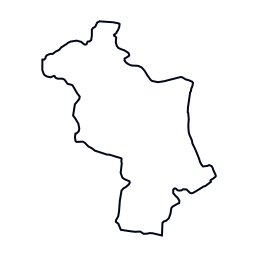 Santa María Ixhuatán, Santa Rosa, Guatemala (Robinson projection), rotated 186°
{"feature_id": "79465075B67666952430364", "entity_name": "Santa María Ixhuatán", "entity_type": "district", "adm_level": 2, "iso_a3": "GTM", "parent_name": "Guatemala", "parent_adm1": "Santa Rosa", "projection": "robinson", "projection_center": [-90.258, 14.147], "detail": "fine", "context": "isolated", "style": "outline", "palette": "ink", "viewbox_px": 256, "rotation_deg": 186, "n_neighbors": 0, "source": "geoboundaries", "source_scale": "gbopen_adm2", "svg_char_len": 2659}
<svg xmlns="http://www.w3.org/2000/svg" viewBox="0 0 256 256"><g transform="rotate(186 128 128)"><path d="M81.0,184.2L97.2,178.2L103.1,176.7L108.9,177.3L110.5,178.2L114.4,182.6L117.5,186.7L120.8,189.7L124.6,190.9L131.0,190.5L134.3,191.5L136.8,192.9L138.6,194.9L138.6,196.8L137.7,197.3L134.5,199.9L134.4,200.5L135.0,202.0L135.4,202.7L139.8,204.9L142.9,205.6L145.9,206.6L147.8,208.6L149.1,212.0L149.2,216.8L150.3,217.9L151.3,218.1L151.7,219.2L149.4,221.3L149.2,222.6L148.2,224.1L147.3,227.4L147.2,230.5L148.0,231.0L153.7,231.6L167.5,231.1L169.7,229.6L171.1,225.4L173.2,223.7L174.2,222.2L174.1,220.7L173.6,216.3L173.8,211.5L174.5,211.0L175.0,210.3L177.2,209.7L178.0,207.0L178.8,206.6L180.1,206.5L183.6,208.8L188.2,209.5L194.3,207.9L195.2,207.2L196.6,206.5L197.5,205.4L199.3,204.0L203.0,201.0L204.4,198.7L206.8,197.1L208.0,196.4L210.5,193.9L213.0,193.6L216.0,192.1L217.3,190.4L217.3,188.8L217.9,188.1L218.5,187.3L220.3,187.1L219.3,176.8L217.6,173.2L216.4,171.8L214.0,170.8L210.5,170.3L207.0,172.1L206.2,171.8L205.5,170.5L203.2,169.7L198.4,170.2L196.2,169.5L192.7,165.6L188.4,165.0L187.4,164.4L182.1,157.1L181.1,156.1L179.3,154.2L179.5,151.6L180.1,150.9L181.3,148.9L183.3,146.0L183.9,134.6L181.7,132.3L178.7,128.3L177.9,127.3L176.4,122.4L176.6,119.8L177.2,118.8L178.9,117.1L179.7,116.9L179.8,113.3L178.9,109.7L178.4,109.2L177.6,108.8L171.4,109.7L169.4,108.8L165.6,105.6L161.9,104.1L158.5,102.0L146.3,99.4L143.7,99.5L131.6,97.2L131.1,96.4L131.2,94.5L130.5,92.1L130.6,82.7L128.8,78.8L128.2,77.9L126.0,76.7L121.1,75.2L120.6,74.1L120.8,72.8L121.7,71.5L124.1,68.9L126.1,67.6L127.9,65.1L128.5,54.8L128.2,44.2L128.5,39.1L129.6,36.6L130.3,35.0L130.3,33.4L127.6,31.8L124.5,26.0L116.1,25.6L110.1,25.5L105.0,26.3L101.4,24.4L97.9,24.9L95.8,25.7L92.7,25.9L83.0,24.7L83.8,37.2L82.7,38.7L80.2,39.9L79.3,41.0L77.9,42.6L76.8,47.3L76.5,52.8L75.6,54.4L71.7,57.2L69.3,58.7L69.3,61.0L69.8,61.8L71.4,63.8L73.4,65.3L76.2,67.9L76.6,71.4L75.5,72.7L74.3,72.8L72.2,71.3L70.8,71.1L68.4,71.5L66.8,72.8L63.4,73.0L59.7,70.1L59.0,69.8L58.2,69.7L57.4,69.9L56.7,70.2L55.9,70.7L55.4,71.1L54.6,71.6L46.9,77.6L45.0,78.4L39.9,83.1L40.3,83.5L40.5,84.3L40.3,84.9L37.8,86.8L36.0,88.6L35.7,89.1L35.8,89.9L36.0,90.6L36.4,91.2L38.9,95.3L39.4,96.7L40.8,98.8L43.4,99.6L45.1,98.6L49.4,97.6L51.0,99.1L52.7,101.6L54.4,105.4L57.1,110.6L59.5,114.9L62.3,119.3L63.0,122.0L64.9,125.5L66.2,127.6L66.9,129.7L67.2,130.5L67.8,133.6L68.3,137.1L68.5,143.2L69.7,149.3L70.3,150.0L70.4,153.0L70.5,155.3L69.9,170.2L69.3,171.1L69.2,173.2L69.0,174.6L68.6,175.2L68.3,177.0L68.2,178.3L68.1,179.8L69.1,180.8L70.7,181.3L72.2,181.8L74.1,182.1L75.8,182.4L79.4,184.1L81.0,184.2Z" fill="none" stroke="#020617" stroke-width="2"/></g></svg>